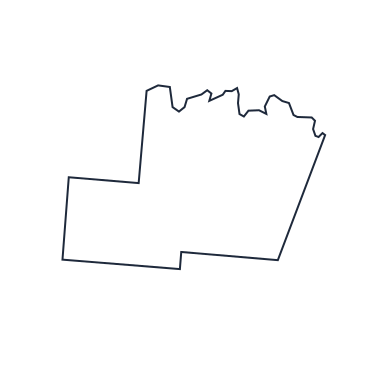 the district of Hill, Texas, United States of America, rotated 125°
{"feature_id": "52423323B5018647072048", "entity_name": "Hill", "entity_type": "district", "adm_level": 2, "iso_a3": "USA", "parent_name": "United States of America", "parent_adm1": "Texas", "projection": "orthographic", "projection_center": [-97.333, 31.987], "detail": "fine", "context": "isolated", "style": "outline", "palette": "slate", "viewbox_px": 384, "rotation_deg": 125, "n_neighbors": 0, "source": "geoboundaries", "source_scale": "gbopen_adm2", "svg_char_len": 657}
<svg xmlns="http://www.w3.org/2000/svg" viewBox="0 0 384 384"><g transform="rotate(125 192 192)"><path d="M250.6,301.4L321.7,259.3L262.1,157.7L247.3,166.4L198.6,82.6L69.0,115.6L68.9,118.9L74.4,119.9L75.2,123.1L71.0,128.9L63.1,132.1L62.3,136.7L70.1,148.7L70.7,153.0L63.5,163.6L65.7,170.2L65.5,180.2L69.2,183.1L80.2,181.4L85.4,175.9L86.6,184.0L93.0,192.4L100.4,192.8L100.9,197.8L92.8,205.3L85.2,209.7L81.0,214.7L86.6,217.3L90.0,222.6L94.7,222.6L107.4,230.1L100.2,232.6L99.9,237.9L106.7,240.2L118.5,249.5L126.7,246.8L133.6,248.8L133.6,256.6L118.7,270.4L124.1,280.9L135.2,287.2L215.3,240.8L250.6,301.4Z" fill="none" stroke="#1e293b" stroke-width="2"/></g></svg>